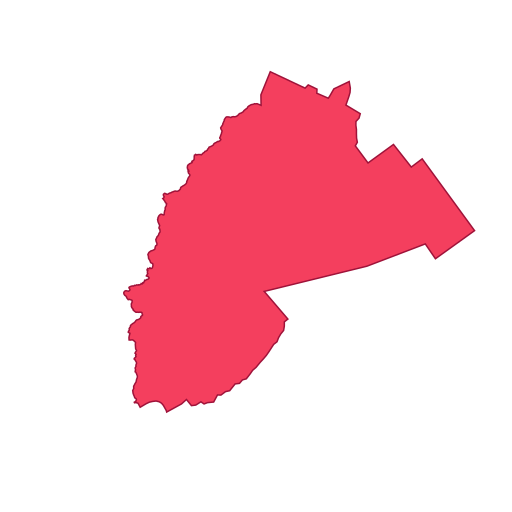 Apostoles, Misiones, Argentina (Natural Earth projection), rotated 48°
{"feature_id": "61730980B76555431598408", "entity_name": "Apostoles", "entity_type": "district", "adm_level": 2, "iso_a3": "ARG", "parent_name": "Argentina", "parent_adm1": "Misiones", "projection": "natural_earth1", "projection_center": [-55.748, -27.916], "detail": "fine", "context": "isolated", "style": "filled", "palette": "rose", "viewbox_px": 512, "rotation_deg": 48, "n_neighbors": 0, "source": "geoboundaries", "source_scale": "gbopen_adm2", "svg_char_len": 6151}
<svg xmlns="http://www.w3.org/2000/svg" viewBox="0 0 512 512"><g transform="rotate(48 256 256)"><path d="M290.9,443.3L292.3,436.3L293.3,433.0L295.0,430.0L296.9,427.3L299.7,425.4L302.2,424.7L305.1,424.8L310.8,426.1L312.2,426.8L316.1,410.3L316.1,403.7L324.0,404.1L326.5,400.5L327.5,394.5L331.2,393.6L332.5,390.2L336.2,385.2L333.5,377.6L335.9,375.1L336.4,369.4L338.5,365.7L337.8,361.4L337.1,357.1L339.6,353.5L339.0,349.0L340.8,345.4L339.7,339.2L338.7,335.0L338.8,330.5L337.8,323.9L337.4,319.4L336.8,314.9L335.8,310.6L333.5,302.0L333.8,297.8L331.8,293.9L330.5,289.8L329.8,285.3L327.1,281.9L323.9,279.0L324.2,274.5L287.8,273.6L337.8,180.4L360.3,122.1L378.1,124.5L383.4,76.6L295.0,67.5L293.8,81.1L265.1,79.2L261.8,110.5L240.6,108.5L239.3,104.6L235.7,102.4L232.4,99.6L229.2,96.7L225.7,94.3L222.9,91.7L222.5,87.2L220.0,83.3L204.0,88.2L199.7,80.4L197.4,76.7L194.4,73.6L188.7,70.0L183.9,86.3L186.4,93.9L187.1,96.7L175.7,101.9L172.8,99.0L163.8,102.7L164.1,107.2L128.6,122.1L139.5,144.5L147.4,151.4L143.5,153.3L142.6,154.6L141.9,155.1L141.4,156.5L140.3,158.3L139.7,161.1L139.7,162.3L140.2,163.6L140.2,164.5L140.0,165.1L139.9,167.8L140.2,168.6L140.2,169.2L139.9,171.1L139.1,173.0L139.1,173.6L139.3,174.6L139.3,175.4L139.2,175.9L139.2,177.0L138.3,178.7L137.2,179.6L136.8,180.3L136.4,181.0L136.4,181.8L136.1,182.2L135.3,182.5L134.7,183.1L134.1,183.5L133.5,184.1L132.9,184.9L132.8,185.7L133.4,188.2L133.8,188.7L134.1,188.9L134.8,190.7L135.1,191.2L135.5,192.2L136.1,192.8L137.1,196.5L137.6,196.8L138.4,197.1L139.0,197.3L139.5,197.3L140.2,197.5L140.8,198.1L141.1,198.7L142.2,200.3L142.7,201.6L143.1,202.0L143.5,202.8L143.7,203.6L144.2,204.1L145.3,204.1L145.9,204.2L146.1,204.6L146.2,205.5L146.1,206.6L145.7,207.5L145.4,207.5L145.1,208.4L145.0,209.7L144.7,210.3L144.5,211.1L144.4,212.1L144.9,213.4L144.9,214.0L144.5,216.1L144.2,216.6L143.7,218.2L144.2,219.1L144.2,219.8L144.4,220.8L144.8,221.5L144.5,223.2L144.1,223.8L144.4,225.2L144.1,226.5L144.3,228.7L144.1,229.1L143.4,229.4L141.8,231.2L141.2,232.5L140.1,232.8L140.0,233.2L140.1,233.7L139.9,234.4L140.7,235.1L140.8,235.5L141.8,236.3L142.4,237.0L142.8,237.3L143.0,238.0L143.0,238.5L143.0,239.1L142.7,240.1L142.9,240.5L143.3,240.5L143.5,240.7L143.8,241.0L143.5,241.7L143.3,242.9L143.0,243.5L143.0,244.2L142.9,244.9L142.9,245.6L143.0,246.2L143.5,247.0L144.0,247.4L144.3,247.9L145.0,248.3L145.7,248.7L146.4,248.5L147.0,248.6L147.0,249.1L147.2,249.6L147.7,249.2L148.1,249.2L148.2,249.7L148.8,250.6L149.4,250.7L151.1,250.7L151.8,251.1L152.3,252.4L152.4,253.5L153.0,254.9L153.4,255.6L153.5,255.9L154.0,256.7L154.0,257.2L154.5,257.9L155.0,258.3L155.4,259.3L155.5,260.1L155.4,261.9L155.0,263.3L155.0,264.0L154.7,265.4L154.7,266.0L154.9,266.4L155.5,267.2L155.7,267.5L155.8,269.7L155.2,271.3L153.6,272.6L153.2,273.4L152.6,275.1L152.3,275.6L152.1,276.8L151.4,278.2L151.0,280.2L150.7,280.8L150.1,281.2L149.8,281.3L149.6,281.2L148.5,281.8L148.2,282.1L148.2,282.5L148.2,283.5L148.5,283.9L149.0,284.2L149.6,284.5L150.5,284.6L151.1,285.6L151.0,286.5L150.9,286.8L154.2,287.1L156.0,287.6L156.5,287.4L157.5,287.5L157.7,288.1L158.2,288.6L158.6,289.1L158.9,289.7L159.1,290.8L159.7,291.6L160.4,292.0L160.9,292.7L161.1,293.3L162.3,295.0L162.9,295.7L163.8,296.6L163.8,296.9L163.5,297.4L161.8,298.2L161.3,298.7L161.1,299.5L161.1,300.4L161.2,301.5L162.1,303.5L162.7,303.9L163.0,304.7L165.2,306.0L168.9,307.2L170.2,309.4L171.4,309.7L171.7,309.5L173.9,311.1L174.2,312.6L174.7,313.7L175.1,314.3L175.3,314.7L175.5,316.1L175.5,316.8L175.9,317.4L176.7,319.4L178.2,320.4L180.4,321.2L181.3,322.1L181.5,322.4L181.5,322.6L181.3,323.8L182.0,325.1L183.1,326.4L183.2,326.7L183.2,327.2L182.7,329.1L181.9,330.7L181.7,333.2L182.5,335.3L184.6,336.4L185.6,337.3L187.0,337.7L188.1,337.8L190.4,338.7L192.6,337.9L194.0,338.8L195.2,340.5L195.5,341.5L195.0,342.5L193.8,342.7L193.8,344.0L193.5,344.5L192.8,344.8L193.4,346.4L194.5,346.2L194.9,347.1L196.0,348.1L196.7,348.2L197.4,350.8L198.4,350.5L198.8,350.0L199.3,349.9L200.8,350.1L201.0,351.1L201.0,351.6L200.9,352.1L200.7,352.3L200.5,352.6L200.3,353.1L200.1,354.5L199.5,355.0L200.3,356.0L200.3,356.9L200.7,357.5L200.1,358.0L200.5,358.6L200.6,359.1L199.6,359.7L200.0,360.5L199.3,362.2L198.8,362.5L198.8,363.0L197.6,364.0L197.3,365.3L196.5,365.9L196.5,366.5L196.3,367.2L195.6,367.8L194.9,369.0L194.3,371.0L194.6,371.7L196.6,372.1L197.0,372.8L196.9,374.3L194.8,375.8L194.4,376.6L194.3,377.3L194.5,378.2L194.7,378.7L195.4,379.3L196.3,379.7L197.4,379.8L198.9,379.5L199.5,379.5L200.4,380.0L202.9,380.2L203.2,379.9L203.4,379.2L205.4,378.0L206.1,377.8L207.2,378.8L207.4,379.1L207.7,379.4L207.8,380.0L208.2,380.8L209.9,382.1L210.0,382.3L210.9,382.7L212.1,382.9L213.5,382.9L213.9,383.1L213.9,383.4L215.6,383.3L217.4,382.9L218.2,382.0L218.5,381.6L219.6,380.7L219.8,380.1L220.3,379.7L220.6,379.3L220.9,379.0L221.5,378.7L222.0,378.7L222.2,379.0L223.1,379.5L223.5,379.5L224.0,379.9L224.1,380.2L223.9,381.7L224.0,382.2L224.7,382.9L224.8,383.4L224.7,385.1L224.5,385.8L223.6,387.6L223.7,388.8L224.0,389.6L224.0,391.7L223.9,392.2L223.7,392.7L223.6,395.5L223.8,396.0L224.4,396.5L224.7,397.3L224.7,397.8L225.1,398.9L225.5,399.1L226.4,399.9L226.6,401.2L227.3,402.0L229.1,401.4L230.8,404.0L231.5,404.9L232.8,406.0L233.5,406.5L234.5,405.5L235.5,404.0L237.0,403.4L237.5,403.4L238.1,403.5L238.9,403.3L239.7,403.4L240.9,404.8L244.5,407.6L245.9,407.9L246.5,408.2L246.8,409.9L247.3,411.0L248.7,410.9L248.9,410.9L249.2,411.8L249.4,412.0L250.1,412.5L250.5,412.5L250.6,412.8L250.6,413.5L250.6,414.9L251.0,415.5L251.8,415.2L252.1,415.3L252.4,415.5L254.8,415.9L255.7,416.5L256.1,416.9L256.3,417.6L256.7,418.1L257.2,418.7L257.8,419.1L257.9,419.5L258.3,420.7L258.7,421.0L260.1,421.7L260.3,422.2L261.2,423.3L261.8,423.1L262.3,423.1L262.9,423.4L263.7,423.6L264.5,424.0L265.6,424.3L266.4,425.0L267.1,425.9L267.7,427.2L269.4,429.5L269.9,431.4L270.6,433.1L270.7,433.6L271.3,434.5L272.5,435.3L273.0,436.4L273.5,437.7L274.5,438.3L274.9,438.5L275.2,438.9L275.7,439.2L276.1,439.3L277.3,439.9L278.2,440.1L280.3,441.0L280.9,440.8L281.7,440.6L282.5,440.8L283.1,441.6L283.3,442.0L283.5,443.3L283.2,444.2L283.5,444.5L284.0,444.4L284.5,443.3L284.7,443.0L285.0,443.0L285.0,442.9L286.6,442.2L290.9,443.3Z" fill="#f43f5e" stroke="#9f1239" stroke-width="1.5"/></g></svg>